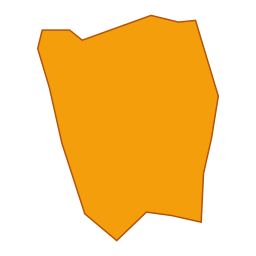 an SVG outline of Szombathely
{"feature_id": "HUN-4903", "entity_name": "Szombathely", "entity_type": "Urban county", "adm_level": 1, "iso_a3": "HUN", "parent_name": "Hungary", "parent_adm1": "", "projection": "mercator", "projection_center": [16.615, 47.219], "detail": "fine", "context": "isolated", "style": "filled", "palette": "amber", "viewbox_px": 256, "rotation_deg": 0, "n_neighbors": 0, "source": "natural_earth", "source_scale": "10m", "svg_char_len": 331}
<svg xmlns="http://www.w3.org/2000/svg" viewBox="0 0 256 256"><path d="M151.0,15.4L178.4,22.1L195.5,20.4L218.3,96.1L211.5,138.2L203.5,173.5L201.2,222.2L171.5,215.5L146.4,212.1L116.7,240.6L84.8,213.8L61.9,143.2L49.4,87.7L37.7,48.6L42.2,30.1L69.6,30.1L82.2,40.2L151.0,15.4Z" fill="#f59e0b" stroke="#b45309" stroke-width="1.5"/></svg>